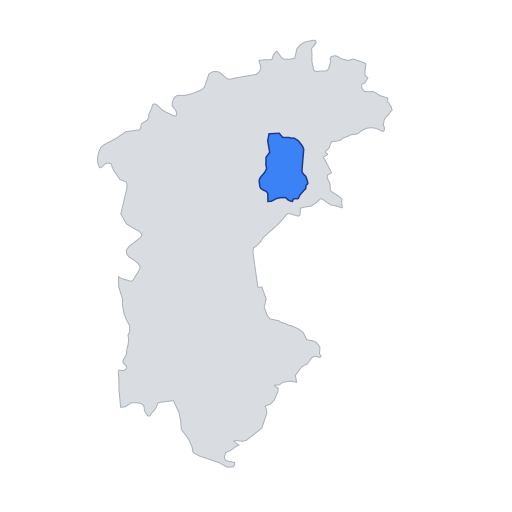 where Kissidougou sits in Guinea, rotated 262°
{"feature_id": "GIN-5644", "entity_name": "Kissidougou", "entity_type": "Prefecture", "adm_level": 1, "iso_a3": "GIN", "parent_name": "Guinea", "parent_adm1": "", "projection": "albers", "projection_center": [-10.045, 9.288], "detail": "fine", "context": "in_parent", "style": "filled", "palette": "blue", "viewbox_px": 512, "rotation_deg": 262, "n_neighbors": 0, "source": "natural_earth", "source_scale": "10m", "svg_char_len": 4745}
<svg xmlns="http://www.w3.org/2000/svg" viewBox="0 0 512 512"><g transform="rotate(262 256 256)"><path d="M315.8,339.3L311.5,338.7L309.5,339.5L303.8,346.2L300.4,348.9L295.0,348.0L293.1,348.5L291.7,347.7L293.7,344.0L296.4,336.7L303.4,329.3L303.6,327.8L300.7,323.5L297.7,317.6L297.7,311.3L297.2,306.7L291.0,305.4L289.8,304.6L289.7,303.1L293.2,295.2L293.4,293.7L293.0,292.2L289.2,288.2L283.3,280.8L273.1,265.4L269.3,262.2L265.7,257.5L264.3,254.6L260.5,253.5L224.9,253.5L224.3,257.5L212.0,260.1L204.4,257.0L196.0,258.7L191.9,260.7L188.7,269.6L186.9,271.5L185.1,275.5L183.4,277.7L181.6,282.1L177.5,288.3L173.3,292.3L166.1,294.5L163.8,301.1L162.2,303.5L159.4,305.4L156.4,306.6L150.6,305.3L147.3,306.5L146.8,304.8L148.7,299.6L147.2,296.9L141.7,291.4L141.2,288.8L139.5,285.4L132.2,278.3L125.3,278.7L127.3,272.8L127.2,265.0L125.0,260.8L125.6,256.4L124.3,256.7L122.0,259.7L118.3,258.7L110.8,254.0L107.1,249.4L106.7,245.6L105.9,244.1L103.6,244.9L98.9,244.8L84.7,237.8L74.7,220.6L74.5,216.7L76.1,210.1L75.7,208.3L71.0,212.7L70.2,209.7L66.7,202.8L65.7,198.8L62.3,197.0L59.6,196.7L57.4,198.0L54.5,206.0L52.4,205.9L50.3,204.1L50.8,198.2L56.4,190.8L65.9,172.0L69.2,167.7L71.3,166.2L75.7,166.1L84.2,163.7L94.6,157.9L102.6,158.5L112.0,157.9L124.3,154.0L124.5,141.3L124.1,138.5L119.8,135.9L117.3,133.7L115.2,130.8L112.5,128.8L112.6,126.7L118.1,124.1L123.1,124.1L124.7,123.1L126.0,121.3L127.4,116.8L128.0,112.0L124.8,105.5L125.0,100.9L142.9,101.7L152.8,103.1L160.8,103.5L162.1,104.6L160.9,109.0L161.9,111.6L164.7,112.4L169.2,109.3L171.5,110.0L176.5,113.9L181.2,115.0L186.3,117.1L191.1,118.3L195.4,118.2L198.6,120.4L204.6,121.1L212.3,118.4L218.4,117.2L226.9,117.0L231.4,117.9L244.4,115.8L254.6,117.0L253.0,118.6L248.3,128.7L248.8,130.5L259.2,139.1L261.6,139.7L264.5,138.6L269.0,134.6L272.5,130.3L275.9,128.3L279.8,128.4L283.0,131.4L290.4,144.2L292.2,145.8L294.0,145.7L297.3,143.4L298.9,140.6L305.8,132.2L316.4,128.0L341.6,137.7L345.3,138.4L347.5,137.7L350.6,132.0L360.1,127.1L364.6,125.8L367.2,125.6L368.2,124.0L368.7,121.7L368.2,119.3L365.2,115.0L365.1,113.7L366.8,112.9L370.4,112.3L375.1,112.7L380.4,114.5L384.7,117.2L387.1,120.4L391.9,133.8L397.2,144.4L397.1,158.5L399.4,159.9L402.0,160.5L403.2,161.6L405.8,167.4L408.3,169.1L411.2,169.5L416.7,173.2L420.2,174.6L420.7,175.7L420.6,177.3L419.2,179.3L413.9,183.2L411.3,186.5L406.0,194.5L405.9,196.0L407.0,197.1L409.2,197.3L411.6,196.7L416.5,193.8L420.4,194.8L424.2,197.0L425.6,199.3L425.9,202.4L425.1,206.3L425.0,210.7L426.3,218.2L428.3,225.6L430.2,228.3L442.8,234.8L444.0,237.3L444.6,240.1L443.8,243.9L442.5,246.0L435.7,251.9L434.6,254.6L435.2,259.8L435.8,281.7L438.5,285.4L441.8,287.2L449.3,286.1L449.1,292.2L448.1,299.0L452.6,301.1L454.8,303.2L456.0,305.1L449.1,308.8L447.1,310.9L446.2,316.6L446.4,321.8L455.8,325.5L459.5,329.9L461.1,334.4L461.7,343.1L460.9,345.0L458.5,345.1L453.7,339.9L446.4,339.3L441.0,338.4L432.0,339.1L430.5,340.7L429.5,352.1L431.7,354.1L436.0,356.2L438.8,357.1L441.2,356.8L443.0,358.2L443.4,362.0L442.2,364.8L439.8,367.3L436.9,374.0L437.5,380.0L432.5,389.7L431.1,391.6L424.3,389.7L419.9,389.1L416.7,391.6L412.3,387.8L411.5,384.9L409.9,384.3L407.0,384.3L404.3,386.0L403.1,389.0L402.5,395.2L397.6,401.1L394.1,408.4L390.1,407.8L389.2,408.7L385.0,410.6L381.3,411.1L380.3,409.2L378.2,407.6L375.8,404.5L373.1,402.0L367.9,400.2L365.9,401.0L363.4,400.8L361.8,399.8L362.0,398.3L364.7,394.5L366.3,391.0L367.1,387.2L367.1,383.5L365.6,378.4L363.3,374.3L362.7,371.9L363.0,368.6L362.5,365.4L361.7,363.8L360.6,357.8L359.2,356.8L358.5,352.0L358.7,347.1L356.7,345.3L353.5,343.9L351.7,342.0L350.5,339.9L349.4,339.3L348.4,339.4L347.5,340.7L346.5,341.0L344.6,336.5L343.9,336.3L342.6,337.3L328.0,342.4L326.2,338.1L323.4,337.3L318.6,339.1L315.8,339.3Z" fill="#d9dde1" stroke="#a8b0b8" stroke-width="1"/><path d="M334.1,272.2L337.6,276.3L341.0,278.7L345.3,278.5L350.0,279.4L350.5,279.4L352.2,279.7L352.4,279.7L356.8,284.0L368.3,283.6L375.2,285.9L374.3,296.1L369.7,298.9L368.8,305.0L368.0,306.7L367.3,310.4L364.0,314.1L358.4,317.3L357.0,317.7L355.5,318.0L354.5,318.0L344.5,315.7L335.1,313.6L332.8,313.3L332.2,313.5L329.3,315.2L328.9,315.7L328.5,316.0L327.7,316.4L326.8,316.7L322.3,317.4L321.0,317.4L320.3,317.3L320.2,317.2L319.7,316.1L319.1,315.6L318.3,315.2L316.0,314.7L315.5,314.5L315.4,314.3L315.2,314.0L315.2,313.7L310.1,307.7L309.3,307.4L307.2,305.9L307.0,305.6L306.9,305.3L307.4,301.7L307.2,301.1L306.9,300.8L304.9,299.6L305.9,297.2L307.4,295.2L309.7,293.5L310.4,288.2L309.9,283.6L308.9,281.2L308.1,278.7L308.3,275.4L315.4,276.3L315.9,276.3L316.5,276.2L317.5,275.8L318.0,275.5L318.3,275.2L318.9,274.6L320.1,272.6L321.5,270.9L322.2,270.3L322.4,270.1L322.6,270.0L323.2,269.8L324.1,269.6L326.9,269.5L330.0,269.6L330.5,269.7L332.1,270.4L334.1,272.2Z" fill="#3b82f6" stroke="#1e3a8a" stroke-width="1.5"/></g></svg>